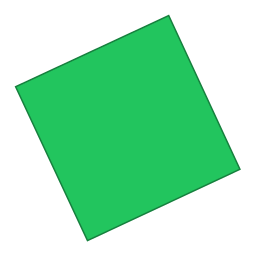 Roberts, Texas, United States of America (Natural Earth projection), rotated 65°
{"feature_id": "52423323B43933736406095", "entity_name": "Roberts", "entity_type": "district", "adm_level": 2, "iso_a3": "USA", "parent_name": "United States of America", "parent_adm1": "Texas", "projection": "natural_earth1", "projection_center": [-100.882, 35.838], "detail": "fine", "context": "isolated", "style": "filled", "palette": "green", "viewbox_px": 256, "rotation_deg": 65, "n_neighbors": 0, "source": "geoboundaries", "source_scale": "gbopen_adm2", "svg_char_len": 256}
<svg xmlns="http://www.w3.org/2000/svg" viewBox="0 0 256 256"><g transform="rotate(65 128 128)"><path d="M43.3,44.5L43.1,210.0L43.1,212.4L212.9,212.3L212.7,44.0L210.7,44.0L43.3,43.6L43.3,44.5Z" fill="#22c55e" stroke="#15803d" stroke-width="1.5"/></g></svg>